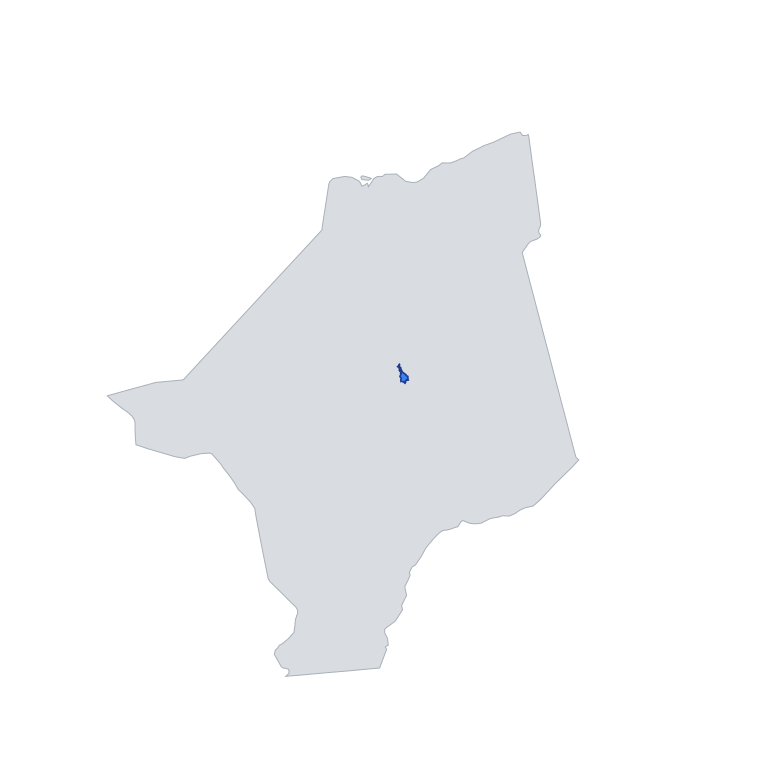 North Imenti, Eastern, Kenya (highlighted), rotated 223°
{"feature_id": "3690345B12906040129315", "entity_name": "North Imenti", "entity_type": "district", "adm_level": 2, "iso_a3": "KEN", "parent_name": "Kenya", "parent_adm1": "Eastern", "projection": "robinson", "projection_center": [37.763, 0.044], "detail": "fine", "context": "in_parent", "style": "filled", "palette": "blue", "viewbox_px": 768, "rotation_deg": 223, "n_neighbors": 0, "source": "geoboundaries", "source_scale": "gbopen_adm2", "svg_char_len": 5802}
<svg xmlns="http://www.w3.org/2000/svg" viewBox="0 0 768 768"><g transform="rotate(223 384 384)"><path d="M189.8,461.3L189.7,451.9L190.8,428.0L190.7,407.0L191.7,396.5L196.3,389.8L198.4,385.0L200.0,378.2L202.4,372.7L207.8,368.2L208.8,365.7L214.5,358.2L218.0,348.6L220.6,345.3L223.9,342.3L226.2,340.7L229.9,339.1L232.9,338.2L233.4,337.4L233.7,335.9L232.7,329.9L234.0,327.9L236.0,323.9L238.3,320.2L240.4,317.9L241.6,315.4L242.1,311.2L242.2,308.2L242.2,303.4L241.5,292.3L239.1,283.1L237.6,272.7L238.7,269.3L236.8,263.2L235.8,262.9L234.3,261.6L232.3,255.9L230.8,250.6L229.8,249.3L223.3,244.8L220.1,234.0L216.5,231.6L214.5,220.9L214.1,217.9L216.2,207.2L216.0,204.7L213.8,202.5L207.7,200.2L202.7,195.8L203.4,194.2L203.7,192.6L201.1,191.6L193.5,173.3L203.3,162.4L213.2,151.2L225.9,137.2L237.5,124.3L247.5,113.1L256.5,103.2L256.3,105.1L256.3,107.6L257.4,109.1L259.2,110.2L261.8,109.1L264.1,107.5L266.2,107.2L279.7,111.4L281.9,115.0L281.8,118.8L282.3,121.7L281.3,124.5L280.2,133.1L280.5,140.9L284.5,146.7L288.1,151.3L291.0,157.7L293.1,159.7L296.0,160.7L305.3,160.9L318.9,161.4L332.1,161.7L333.3,161.9L336.1,162.8L348.2,171.4L359.3,179.4L368.7,186.2L377.8,192.9L386.7,199.4L393.5,204.8L400.3,206.5L411.3,207.3L418.9,207.5L426.0,209.8L436.4,211.9L444.3,213.0L449.0,214.2L462.1,215.5L464.2,214.7L470.0,208.7L476.5,199.0L479.0,193.7L487.3,188.3L502.0,180.9L512.4,175.7L523.9,170.4L529.1,175.0L536.3,182.3L539.6,185.9L542.2,187.5L546.1,188.6L550.8,188.6L553.4,188.4L558.8,187.5L571.2,186.6L578.3,186.7L572.4,196.4L565.2,208.1L552.0,229.5L541.9,240.8L534.3,249.3L533.6,250.8L533.7,260.3L533.8,283.6L534.0,330.1L534.2,376.5L534.3,423.0L534.4,446.2L534.4,454.1L541.1,463.8L547.6,473.4L556.2,486.0L560.8,492.8L561.6,495.0L561.4,499.5L554.3,509.0L548.4,513.3L540.6,515.4L538.3,515.0L535.2,513.6L534.0,515.9L533.1,519.4L531.3,518.7L530.0,517.6L530.8,523.9L531.6,527.0L530.4,531.2L526.6,534.9L526.3,538.0L518.1,546.1L506.4,547.0L500.3,551.0L497.5,554.3L495.4,561.5L496.2,572.6L492.9,581.1L492.3,585.3L486.3,590.8L483.6,595.9L481.6,601.0L479.9,603.3L477.9,614.8L475.1,621.9L474.3,624.2L473.6,626.3L471.4,630.4L470.0,633.2L469.0,635.1L461.9,653.0L456.3,661.1L452.0,660.2L449.1,663.3L448.8,664.8L447.2,664.0L443.6,661.0L436.1,654.9L428.7,648.8L421.2,642.7L413.7,636.7L406.3,630.6L398.8,624.5L391.3,618.4L383.9,612.3L379.5,608.7L377.5,606.6L376.0,602.4L375.3,601.3L373.3,600.0L370.9,599.7L370.3,598.9L370.3,596.9L371.1,594.0L373.9,588.4L374.2,585.1L373.6,581.3L372.8,575.4L372.0,574.0L367.1,570.9L356.7,564.3L346.3,557.7L335.9,551.2L325.5,544.6L315.2,538.1L304.8,531.5L294.4,524.9L284.0,518.4L273.6,511.8L263.3,505.2L252.9,498.7L242.5,492.1L232.1,485.6L221.7,479.0L211.3,472.4L201.0,465.9L197.1,463.4L193.5,461.3L189.8,461.3ZM535.1,525.1L533.3,525.6L534.3,522.4L539.6,518.4L541.8,519.3L542.2,520.2L542.1,521.0L541.2,521.9L535.1,525.1Z" fill="#d9dde1" stroke="#a8b0b8" stroke-width="1"/><path d="M368.8,403.4L368.8,403.5L369.0,403.5L369.5,403.4L369.6,403.5L369.7,403.9L369.8,404.1L370.0,404.3L370.4,404.5L370.5,404.5L370.7,404.9L370.8,404.9L371.0,405.0L371.3,405.2L371.4,405.3L371.5,405.3L371.6,405.5L371.6,405.8L371.8,405.9L372.0,405.9L372.1,405.7L372.4,405.6L372.5,405.6L372.8,405.5L373.0,405.4L373.4,405.4L373.5,405.3L373.7,405.5L373.9,405.4L374.0,405.5L374.1,405.4L374.4,405.5L374.5,405.6L374.9,405.7L374.9,405.8L375.0,405.8L375.1,405.7L375.3,405.7L375.5,405.6L375.9,405.7L376.0,405.7L376.3,405.6L376.6,405.5L376.7,405.4L376.8,405.5L377.0,405.5L377.0,405.4L377.3,405.3L377.5,405.3L377.8,405.5L378.0,405.4L378.3,405.4L378.5,405.4L378.9,405.3L379.0,405.3L379.4,405.5L379.5,405.6L379.8,405.8L380.1,405.9L380.3,405.8L380.5,405.9L380.6,406.0L380.8,406.2L381.0,406.3L381.2,406.2L381.3,406.3L381.5,406.5L382.1,406.6L382.3,406.8L382.3,406.7L382.5,406.7L382.5,406.8L382.5,406.7L382.7,406.8L382.7,406.7L382.8,406.7L383.0,406.6L383.3,406.7L383.5,406.7L383.5,406.8L383.4,406.8L383.5,406.9L383.6,407.0L383.8,407.0L384.0,407.1L384.1,407.3L384.3,407.4L384.6,407.3L384.8,407.4L384.8,407.5L385.0,407.7L385.0,407.8L385.3,408.0L385.4,408.3L385.5,408.5L385.8,408.9L385.9,409.1L386.0,409.3L386.0,409.5L386.1,409.3L386.3,409.2L386.3,408.9L386.2,408.8L386.2,408.7L386.3,408.5L386.3,408.4L386.2,408.2L385.9,408.0L385.9,407.9L385.7,407.9L385.6,407.7L385.6,407.3L385.7,407.2L385.8,407.0L385.8,406.9L385.9,406.7L385.9,406.3L386.0,406.2L386.0,405.9L385.9,405.9L385.7,406.0L385.3,406.0L385.2,406.1L384.9,406.1L384.7,406.2L384.6,406.3L384.5,406.2L384.3,406.3L384.2,406.2L383.9,406.0L383.8,405.9L383.6,405.9L383.4,405.8L383.4,405.7L383.2,405.6L382.9,405.5L382.8,405.4L382.7,405.2L382.6,404.9L382.5,404.7L382.4,404.7L382.2,404.6L382.0,404.4L381.8,404.5L381.7,404.5L381.7,404.3L381.4,404.2L381.3,404.3L381.2,404.2L381.1,404.3L380.8,404.4L380.6,404.3L380.4,404.3L380.4,404.2L380.2,404.1L379.9,404.0L379.8,403.9L379.7,403.8L379.5,403.7L379.4,403.7L379.2,403.7L379.1,403.4L378.9,403.3L378.9,403.2L378.7,403.3L378.6,403.2L378.5,403.3L378.4,403.2L378.2,402.7L378.1,402.4L378.0,402.2L378.1,401.8L378.1,401.7L378.0,401.4L377.7,400.8L377.6,400.5L377.4,400.5L377.3,400.4L377.2,400.4L377.1,400.2L376.9,400.1L376.7,400.2L376.4,400.0L376.2,400.0L375.8,400.1L375.6,400.2L375.4,400.1L375.3,399.9L375.0,399.7L375.0,399.4L374.9,398.9L374.8,398.7L374.6,398.6L374.2,398.0L374.0,397.8L373.9,397.8L373.7,397.8L373.6,397.7L373.6,397.8L373.3,397.9L373.1,397.9L372.7,397.9L372.1,398.2L371.9,398.4L371.7,398.7L371.0,398.7L370.9,398.8L370.7,398.8L369.7,398.8L369.1,398.8L369.2,399.7L369.5,399.7L369.7,399.4L369.6,399.1L369.9,399.1L370.1,399.5L370.3,399.8L370.3,400.0L370.2,400.2L370.1,400.4L370.2,400.5L370.3,400.7L370.4,400.9L370.3,401.0L370.0,401.1L370.0,401.8L370.4,401.7L370.4,402.0L369.9,402.2L369.8,402.3L370.0,402.5L370.3,402.9L370.1,403.0L369.9,403.1L369.7,403.1L369.3,403.2L369.2,403.3L368.9,403.3L368.8,403.4Z" fill="#3b82f6" stroke="#1e3a8a" stroke-width="1.5"/></g></svg>